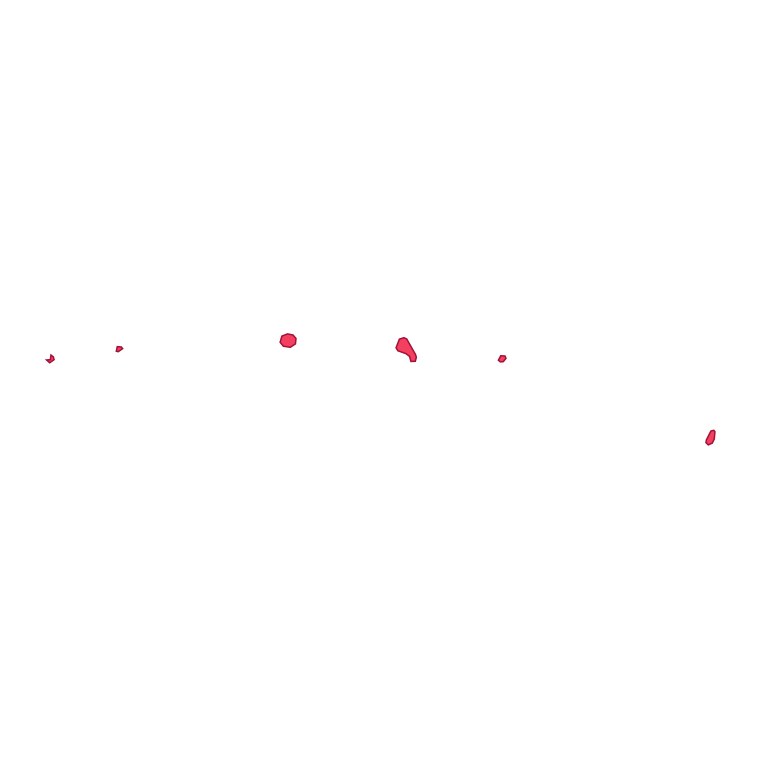 SVG path tracing the border of Northern Islands, rotated 283°
{"feature_id": "MNP-4940", "entity_name": "Northern Islands", "entity_type": "state/province", "adm_level": 1, "iso_a3": "MNP", "parent_name": "Northern Mariana Islands", "parent_adm1": "", "projection": "albers", "projection_center": [145.557, 18.447], "detail": "coarse", "context": "isolated", "style": "filled", "palette": "rose", "viewbox_px": 768, "rotation_deg": 283, "n_neighbors": 0, "source": "natural_earth", "source_scale": "10m", "svg_char_len": 769}
<svg xmlns="http://www.w3.org/2000/svg" viewBox="0 0 768 768"><g transform="rotate(283 384 384)"><path d="M422.0,387.6L431.2,388.9L433.6,393.0L433.0,396.0L419.8,408.1L417.3,409.5L413.2,409.4L412.0,405.2L416.6,402.7L418.5,398.6L419.5,390.0L422.0,387.6ZM403.2,288.7L398.7,284.5L398.2,277.4L401.3,273.4L407.7,273.7L411.1,278.7L411.3,284.3L408.6,288.0L403.2,288.7ZM411.7,713.1L413.1,715.8L412.0,717.2L404.7,718.2L400.3,717.2L397.6,713.7L399.3,710.9L402.1,710.7L411.7,713.1ZM436.4,497.1L432.6,495.2L431.7,492.4L432.9,490.1L437.8,491.4L438.5,495.6L436.4,497.1ZM333.5,57.1L329.5,53.5L331.5,49.8L332.7,53.4L337.3,53.0L336.1,55.7L333.5,57.1ZM359.7,121.4L355.7,117.8L355.7,115.8L360.4,115.7L361.0,119.7L359.7,121.4Z" fill="#f43f5e" stroke="#9f1239" stroke-width="1.5"/></g></svg>